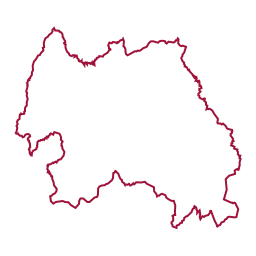 outline of San Cristóbal de la Barranca, Jalisco, Mexico
{"feature_id": "50627088B30385640574129", "entity_name": "San Cristóbal de la Barranca", "entity_type": "district", "adm_level": 2, "iso_a3": "MEX", "parent_name": "Mexico", "parent_adm1": "Jalisco", "projection": "equal_earth", "projection_center": [-103.519, 21.046], "detail": "fine", "context": "isolated", "style": "outline", "palette": "rose", "viewbox_px": 256, "rotation_deg": 0, "n_neighbors": 0, "source": "geoboundaries", "source_scale": "gbopen_adm2", "svg_char_len": 5703}
<svg xmlns="http://www.w3.org/2000/svg" viewBox="0 0 256 256"><path d="M232.1,129.9L228.1,129.0L226.9,128.3L225.7,126.0L223.0,123.6L221.7,124.5L220.7,123.6L217.8,123.4L217.4,122.7L217.9,118.8L214.0,113.6L212.4,110.6L209.8,108.8L208.4,109.1L207.9,108.6L206.5,109.3L207.3,105.7L206.0,104.8L206.0,102.3L204.4,101.1L204.9,98.7L204.3,98.4L203.5,99.5L202.8,99.4L199.5,97.7L199.3,95.8L198.4,95.3L198.4,93.7L200.5,91.6L199.2,90.1L199.2,89.0L201.5,88.1L200.9,86.0L200.2,85.4L199.5,85.8L199.4,81.3L199.0,80.8L197.9,81.8L197.5,80.8L196.6,81.0L196.3,80.1L195.9,80.3L196.7,78.2L195.9,77.9L196.0,77.4L195.6,77.6L195.4,77.1L194.9,77.6L194.7,77.1L194.4,77.7L193.3,76.2L193.2,75.3L192.7,75.2L192.5,74.4L189.5,71.2L189.2,69.8L188.2,70.1L186.8,67.3L184.7,66.5L185.1,65.4L183.9,63.9L184.2,62.7L182.5,61.1L181.4,58.6L181.4,57.6L182.5,55.9L182.4,54.8L184.2,52.5L186.0,46.8L182.7,45.7L181.3,46.2L179.7,45.3L178.2,43.3L178.5,39.3L177.8,38.4L177.0,40.0L176.2,40.6L175.7,40.4L174.8,41.9L173.7,42.5L168.5,41.7L166.7,43.5L165.5,42.7L165.2,41.3L163.7,40.9L161.4,40.8L159.5,41.3L158.0,42.7L153.1,41.3L150.7,41.4L148.9,43.1L146.7,46.8L143.2,48.2L140.6,50.3L139.0,50.9L137.6,50.6L136.5,51.4L134.9,51.3L127.6,55.3L126.1,54.2L125.5,52.1L125.4,48.8L124.3,46.8L123.5,46.4L123.9,41.2L123.0,38.8L122.4,39.9L120.6,40.2L117.8,42.8L117.4,42.2L116.5,43.0L116.2,42.5L112.9,42.0L111.7,43.3L109.3,42.6L108.2,45.7L108.8,46.5L109.0,48.4L110.2,48.9L110.4,49.7L109.3,49.9L107.6,52.7L103.6,55.1L102.9,56.6L99.2,56.1L98.8,57.3L96.8,57.8L96.5,59.3L95.1,59.7L95.0,60.8L94.0,61.4L94.5,65.2L93.1,64.5L92.2,62.4L91.7,63.7L90.8,63.1L90.3,63.8L89.2,62.9L87.9,63.3L87.2,62.6L86.8,62.8L86.9,64.1L85.8,62.8L85.7,61.6L85.2,63.2L84.5,63.0L84.4,65.2L82.7,62.7L81.6,62.0L81.6,60.8L81.0,61.6L79.6,60.8L79.2,61.3L78.8,61.0L78.6,59.4L77.3,58.1L76.7,55.7L74.5,56.9L74.8,55.3L72.8,55.2L71.9,56.1L70.1,55.5L69.2,54.6L68.9,53.4L67.1,51.8L65.8,48.6L65.4,46.6L65.7,44.6L64.4,43.9L64.1,42.9L65.2,42.5L65.2,41.2L63.7,38.9L63.3,37.5L62.8,37.4L62.4,34.0L60.9,32.2L59.4,31.7L59.0,30.7L55.2,30.5L54.0,28.1L52.4,30.0L52.5,31.5L51.4,33.2L48.8,35.1L48.1,36.5L45.3,38.4L43.8,42.8L44.1,47.3L42.8,47.8L43.4,50.5L41.0,52.9L39.9,55.0L38.1,55.5L35.8,59.5L34.0,61.4L32.7,65.6L33.0,70.3L31.9,72.3L31.9,74.8L30.2,77.4L30.1,78.5L29.2,78.6L28.2,79.9L28.8,80.4L28.0,80.7L27.4,83.0L27.0,83.2L27.6,84.3L27.2,85.1L27.7,85.8L26.2,91.7L27.1,92.9L26.7,95.5L27.7,99.2L26.7,102.3L26.8,105.6L25.7,106.6L25.0,108.2L25.0,111.4L24.2,111.8L24.2,113.8L21.3,114.3L20.9,113.6L19.8,114.7L19.5,119.0L17.6,120.3L17.0,122.4L17.7,124.1L16.5,125.9L17.3,127.9L16.4,132.1L15.9,132.8L15.4,131.9L16.3,133.7L18.1,133.5L18.5,134.5L19.9,135.7L21.8,135.8L22.6,137.3L23.9,136.9L25.6,134.6L26.8,134.1L28.5,134.1L29.7,134.9L30.1,136.4L28.5,137.6L27.7,139.1L28.4,140.6L29.1,140.6L29.3,142.7L29.9,143.3L30.2,147.3L29.2,148.3L29.4,149.5L29.0,149.6L30.0,152.4L29.6,153.0L30.8,155.2L31.7,155.5L32.0,152.6L33.2,150.7L36.3,149.2L36.5,147.7L37.3,146.7L36.9,145.3L37.5,144.4L37.3,142.4L38.6,140.8L40.0,140.8L40.7,140.0L42.1,140.2L42.8,139.4L44.0,140.0L44.7,138.3L46.6,138.5L46.4,137.2L46.6,136.7L48.2,137.1L48.4,135.9L49.7,135.3L50.0,134.0L50.9,133.4L53.2,134.7L54.3,132.1L59.4,133.7L60.1,134.8L61.1,137.4L60.8,139.7L62.6,141.5L61.4,143.8L61.7,144.9L61.4,145.7L62.2,146.5L62.4,148.6L64.4,151.9L63.6,155.6L60.8,159.3L58.3,159.9L57.4,161.5L56.3,161.6L56.3,162.4L55.2,161.8L53.4,163.1L52.9,162.6L50.7,164.2L48.9,164.4L48.3,165.5L47.8,165.0L47.3,165.9L47.8,166.7L47.3,169.2L47.8,169.6L48.2,171.9L47.8,172.4L48.5,172.7L49.2,172.0L49.3,173.3L50.2,173.3L50.2,174.5L51.6,175.6L51.3,176.4L52.2,176.7L52.2,178.8L53.6,182.3L54.0,185.3L56.7,188.9L56.4,191.3L54.9,193.4L52.7,194.5L51.9,195.6L50.2,196.2L50.9,201.2L53.3,203.6L55.8,202.0L62.6,201.0L65.1,202.0L68.4,202.3L70.9,205.1L75.5,207.9L79.0,203.9L79.2,200.8L80.2,198.8L81.0,198.4L83.4,198.6L87.3,202.0L89.5,202.0L94.6,197.5L97.0,196.9L97.5,196.2L98.0,193.9L98.1,188.7L99.2,186.7L101.8,185.5L104.8,185.2L106.1,184.1L108.1,183.5L112.0,180.1L113.0,177.9L113.3,173.1L114.5,172.7L115.0,171.3L115.6,171.0L118.3,173.8L119.9,177.9L120.8,179.4L121.8,179.8L122.2,181.9L124.2,183.3L125.1,185.1L125.5,184.4L127.6,184.8L129.0,183.8L130.2,185.5L131.5,185.0L133.2,183.3L133.9,184.3L134.4,184.2L136.2,182.3L141.2,182.5L144.9,181.8L146.9,183.8L153.9,187.2L154.2,191.4L156.2,193.7L157.1,196.4L157.8,195.7L159.1,195.7L160.5,194.4L162.0,193.8L165.4,195.2L166.2,197.4L167.8,198.8L171.3,200.8L173.8,200.9L175.3,205.6L174.9,212.2L175.2,215.0L173.5,215.1L172.5,216.0L173.1,216.6L173.2,220.7L171.5,222.3L171.4,223.1L172.4,224.7L172.6,226.4L176.5,227.9L176.7,225.5L178.8,224.9L180.5,222.9L181.9,222.8L182.1,220.9L183.7,220.4L184.3,217.9L186.3,216.3L187.3,216.2L191.5,212.1L192.8,208.8L194.2,208.2L194.1,207.1L194.5,206.2L196.1,207.4L196.6,208.8L196.4,209.6L197.3,210.9L197.2,213.1L199.6,210.4L200.2,213.9L199.9,214.2L200.2,214.5L199.7,217.1L200.4,219.2L202.4,216.2L204.1,216.9L205.1,215.9L208.2,215.1L210.0,212.7L210.2,211.0L211.0,210.9L214.4,220.1L216.8,224.9L217.2,226.1L216.9,227.1L218.5,225.5L220.2,224.9L221.4,222.5L223.9,221.6L225.2,219.4L226.6,218.9L227.7,217.2L229.3,216.7L234.9,217.4L236.4,217.0L238.2,209.1L235.1,202.9L234.2,202.7L232.9,203.3L232.1,202.6L231.1,202.6L223.9,199.4L226.7,189.7L225.7,179.2L229.1,175.7L235.0,173.9L234.7,170.6L235.5,169.9L237.2,169.0L237.6,169.7L238.5,169.8L239.2,167.9L239.1,166.7L239.7,165.6L239.6,162.2L240.6,158.9L239.5,158.3L240.0,156.8L239.5,156.5L240.1,155.6L238.9,155.4L237.8,154.1L238.0,152.0L237.1,150.7L237.4,149.5L234.1,148.6L234.5,146.7L231.1,145.4L231.7,144.1L231.5,143.4L232.3,143.3L232.3,141.4L233.5,141.0L232.7,140.0L233.0,138.7L230.6,135.6L230.6,133.9L231.6,133.5L231.9,132.6L231.7,131.9L232.3,131.5L232.1,129.9Z" fill="none" stroke="#9f1239" stroke-width="2"/></svg>